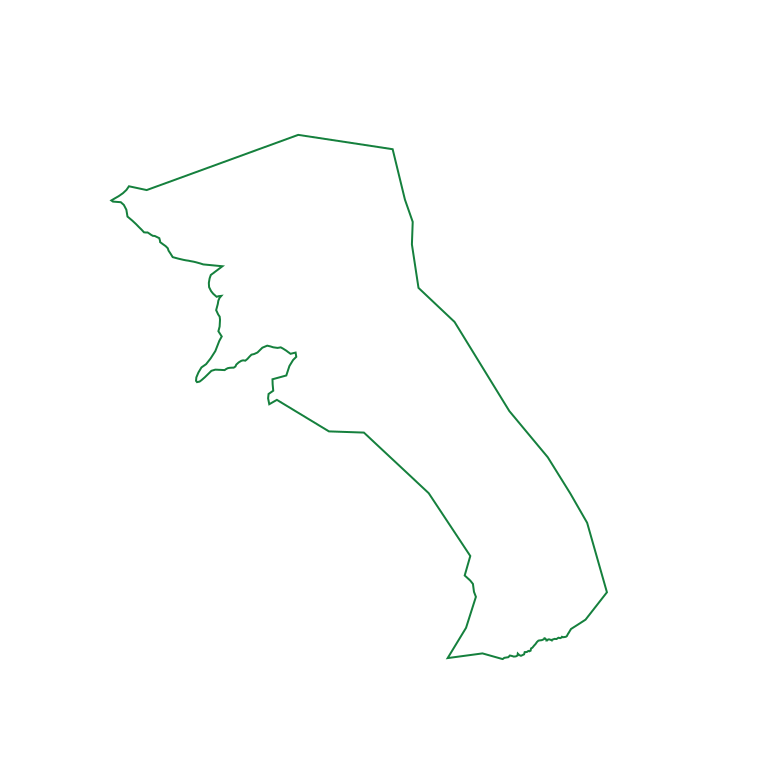 San Juan Ihualtepec, Oaxaca, Mexico (orthographic projection), rotated 143°
{"feature_id": "50627088B85005499494284", "entity_name": "San Juan Ihualtepec", "entity_type": "district", "adm_level": 2, "iso_a3": "MEX", "parent_name": "Mexico", "parent_adm1": "Oaxaca", "projection": "orthographic", "projection_center": [-98.274, 17.768], "detail": "fine", "context": "isolated", "style": "outline", "palette": "green", "viewbox_px": 768, "rotation_deg": 143, "n_neighbors": 0, "source": "geoboundaries", "source_scale": "gbopen_adm2", "svg_char_len": 2545}
<svg xmlns="http://www.w3.org/2000/svg" viewBox="0 0 768 768"><g transform="rotate(143 384 384)"><path d="M473.4,112.9L467.5,109.6L455.1,93.3L454.7,92.9L452.7,92.9L449.1,91.0L446.9,91.4L446.0,90.4L445.3,89.5L444.4,88.2L442.6,87.1L440.8,86.8L439.4,88.2L439.1,86.1L438.2,84.5L434.8,83.8L433.0,85.2L431.2,84.0L429.9,84.0L429.0,83.7L428.8,83.1L427.4,82.8L426.1,84.0L425.6,84.3L424.2,84.1L421.4,84.8L419.6,85.1L417.1,85.9L415.2,86.1L414.6,85.9L412.2,84.5L410.2,84.0L409.6,84.0L409.0,84.4L408.6,84.2L408.2,81.8L408.6,81.4L408.1,81.0L406.6,81.2L405.6,80.5L404.6,78.9L404.3,78.2L403.5,78.6L402.3,78.1L401.3,77.9L399.7,76.5L397.4,76.4L396.2,75.0L395.5,74.9L394.7,74.6L394.0,75.0L393.1,73.8L391.0,72.7L389.8,72.6L387.0,73.9L386.8,73.9L382.1,75.8L364.9,74.5L331.3,83.5L305.3,150.9L301.1,184.5L297.3,226.9L300.2,286.9L290.3,391.1L298.6,440.0L277.7,478.7L263.5,496.2L256.3,518.7L235.8,566.3L302.6,634.6L456.8,681.7L468.7,695.4L472.9,694.0L477.6,693.5L483.0,693.7L486.9,694.2L491.3,694.7L490.7,692.8L484.8,687.6L484.0,683.6L484.9,678.2L488.1,672.1L486.7,666.0L485.8,660.9L485.3,656.9L484.7,652.8L484.4,649.6L482.9,648.2L481.6,647.3L480.9,645.4L480.2,643.2L479.4,641.4L478.0,640.2L475.7,635.7L476.6,633.4L477.4,632.0L476.4,628.6L475.4,625.5L475.0,622.5L475.8,620.2L476.0,616.8L476.4,612.5L472.9,608.0L469.4,603.8L467.6,601.8L466.0,600.2L464.6,598.6L462.3,596.1L460.6,594.0L458.0,590.6L456.4,588.3L442.2,575.3L456.7,575.3L459.7,573.3L463.1,570.1L465.4,566.6L466.2,562.2L466.1,558.9L465.2,554.4L463.3,553.7L460.9,552.3L463.6,551.7L466.2,550.2L468.6,547.9L473.6,544.0L474.6,539.3L474.7,536.7L476.3,534.0L480.7,528.8L484.5,525.8L485.0,519.6L489.5,517.6L498.9,511.8L507.0,508.8L514.1,506.9L519.8,507.1L525.0,505.0L525.6,504.7L529.9,502.2L530.8,501.2L532.2,499.7L532.2,498.0L529.8,496.9L527.5,496.9L526.0,497.0L523.0,497.2L519.9,497.6L513.9,498.4L510.1,497.0L505.5,493.2L502.9,491.0L501.7,491.0L499.4,490.7L497.5,489.8L495.7,488.6L494.2,487.5L492.1,487.4L490.3,488.4L487.1,488.7L484.0,488.4L482.3,487.7L480.7,486.1L478.0,486.2L475.0,486.8L472.2,487.2L469.7,486.1L466.1,485.3L459.3,486.2L454.2,484.9L452.1,482.4L450.4,480.0L447.3,476.9L444.4,475.4L443.4,473.2L442.0,469.5L441.3,467.0L440.9,465.8L440.5,464.4L435.7,462.3L437.7,458.5L442.1,457.9L448.7,455.3L456.9,449.6L462.2,451.7L470.2,454.9L473.1,450.8L476.5,445.3L482.2,445.5L485.2,442.3L487.8,436.9L479.1,435.8L456.5,379.3L429.3,357.3L414.0,269.9L418.6,194.7L434.8,182.5L433.4,175.1L433.3,170.8L437.2,163.9L438.7,158.7L465.2,139.9L498.1,126.8L473.4,112.9Z" fill="none" stroke="#15803d" stroke-width="2"/></g></svg>